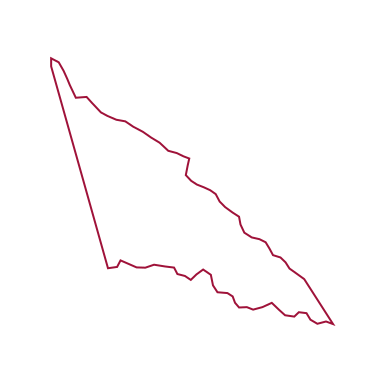 Serra Grande, Paraíba, Brazil (orthographic projection), rotated 277°
{"feature_id": "56859067B11352872450109", "entity_name": "Serra Grande", "entity_type": "district", "adm_level": 2, "iso_a3": "BRA", "parent_name": "Brazil", "parent_adm1": "Paraíba", "projection": "orthographic", "projection_center": [-38.383, -7.238], "detail": "fine", "context": "isolated", "style": "outline", "palette": "rose", "viewbox_px": 384, "rotation_deg": 277, "n_neighbors": 0, "source": "geoboundaries", "source_scale": "gbopen_adm2", "svg_char_len": 1095}
<svg xmlns="http://www.w3.org/2000/svg" viewBox="0 0 384 384"><g transform="rotate(277 192 192)"><path d="M78.1,348.1L119.2,314.0L123.4,306.4L127.9,298.1L133.6,293.4L137.8,287.8L139.2,280.1L145.4,275.7L151.1,271.2L153.4,264.7L154.2,256.8L158.0,248.9L165.6,244.1L173.2,241.7L176.6,234.7L181.0,226.8L185.9,220.6L192.8,215.8L196.0,209.8L198.1,203.2L200.0,195.9L203.0,189.8L208.0,183.8L217.9,184.5L224.9,185.2L226.4,179.1L228.8,172.1L230.0,163.4L237.0,153.8L241.0,144.9L245.8,135.8L249.6,125.8L254.0,117.2L254.5,108.1L257.2,98.8L259.9,91.9L268.2,81.9L273.5,75.8L271.4,65.2L283.4,57.6L288.9,54.5L296.6,49.8L304.5,43.9L307.5,35.9L299.5,36.9L185.9,84.5L106.1,117.9L108.5,126.8L115.4,129.4L112.7,138.5L110.4,146.2L111.2,154.9L115.2,163.2L114.8,174.5L114.8,183.4L108.8,187.5L107.8,195.2L104.6,201.5L110.8,206.5L116.4,212.5L112.1,220.8L101.9,224.2L95.6,229.5L96.0,239.5L93.3,245.1L87.3,248.2L83.1,252.8L84.4,260.5L82.7,267.0L86.3,275.9L91.7,284.7L85.7,292.7L81.0,299.4L80.8,308.7L85.7,312.7L85.7,320.4L79.7,325.1L76.5,332.5L79.8,340.8L78.1,348.1Z" fill="none" stroke="#9f1239" stroke-width="2"/></g></svg>